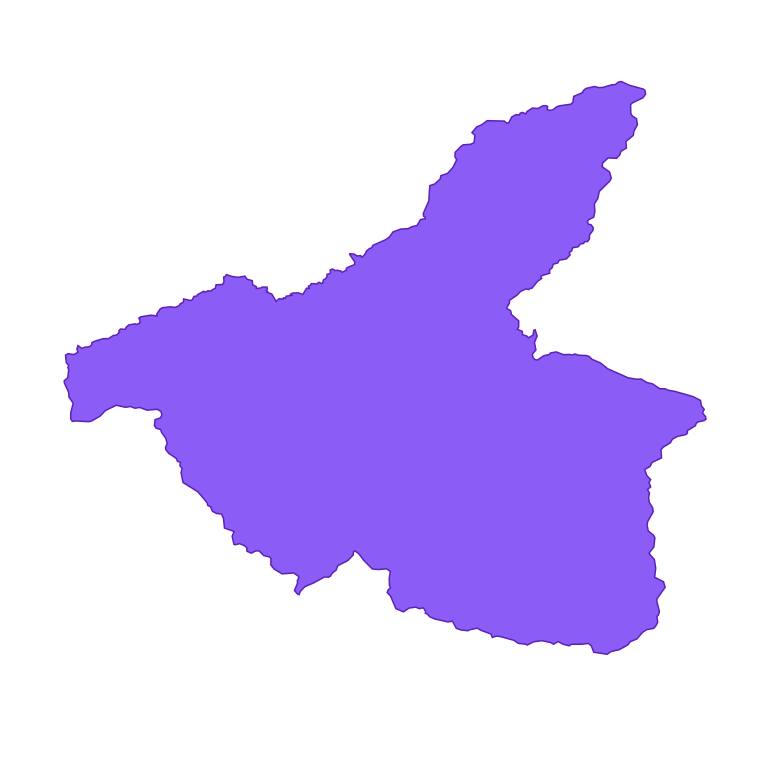 Sipí, Chocó, Colombia (Equal Earth projection), rotated 86°
{"feature_id": "7082276B50547805834837", "entity_name": "Sipí", "entity_type": "district", "adm_level": 2, "iso_a3": "COL", "parent_name": "Colombia", "parent_adm1": "Chocó", "projection": "equal_earth", "projection_center": [-76.598, 4.565], "detail": "fine", "context": "isolated", "style": "filled", "palette": "violet", "viewbox_px": 768, "rotation_deg": 86, "n_neighbors": 0, "source": "geoboundaries", "source_scale": "gbopen_adm2", "svg_char_len": 6152}
<svg xmlns="http://www.w3.org/2000/svg" viewBox="0 0 768 768"><g transform="rotate(86 384 384)"><path d="M588.2,483.3L585.1,482.0L580.6,477.0L577.8,468.7L572.3,456.8L572.9,452.8L572.0,450.9L568.8,448.6L566.5,444.9L562.0,442.7L557.6,432.4L552.4,426.6L549.6,426.3L548.4,424.8L551.3,421.2L559.0,416.1L567.7,408.6L568.7,402.5L568.6,394.2L571.4,390.8L578.2,392.3L585.1,392.7L587.6,391.7L589.8,394.3L592.3,395.4L596.0,392.3L608.9,387.8L612.7,380.4L609.3,374.7L608.8,367.8L610.6,364.4L610.0,360.3L613.7,358.4L615.5,358.8L616.6,356.8L619.5,354.5L621.9,349.8L625.8,336.9L625.4,332.3L632.8,328.9L634.8,324.2L636.0,317.4L635.1,315.5L634.1,308.0L636.5,304.5L640.8,294.8L644.4,293.6L643.4,289.7L643.9,286.1L648.7,272.4L652.1,268.1L653.5,260.5L654.4,259.3L651.6,252.6L651.1,244.4L653.4,236.2L655.4,233.0L653.1,228.2L656.0,223.7L658.1,217.5L656.7,215.3L657.4,204.4L657.0,198.3L659.6,195.5L666.2,193.5L669.2,180.2L666.7,176.2L665.5,168.0L661.3,159.0L658.3,156.4L656.0,149.6L649.5,143.0L647.3,138.9L646.7,132.3L645.0,130.2L641.0,127.6L634.8,128.0L633.8,126.5L630.2,125.1L619.5,127.1L617.2,126.6L606.4,117.7L600.7,119.0L595.7,127.5L586.6,125.8L578.0,126.5L571.3,131.5L565.4,126.2L556.3,124.5L553.8,125.6L548.9,130.7L543.4,131.4L539.7,130.6L530.1,124.3L526.1,124.7L520.7,127.6L516.0,128.0L511.4,126.8L507.6,128.4L505.2,125.1L501.0,126.5L497.9,124.7L494.0,128.0L488.1,129.8L487.2,129.3L484.8,124.4L480.9,122.0L477.1,112.3L468.9,112.3L466.4,109.8L462.7,102.5L459.2,100.2L456.8,95.0L455.5,86.4L454.3,84.8L451.6,84.5L447.4,76.3L445.0,75.3L443.7,73.2L442.9,67.3L441.5,65.2L438.9,65.5L435.1,68.3L431.6,66.3L428.1,68.9L422.5,69.4L418.2,76.4L411.7,94.2L410.0,101.1L408.4,103.8L407.9,109.3L402.5,116.2L401.0,121.4L396.9,127.3L396.9,131.6L394.8,140.2L384.4,159.7L377.9,166.8L373.9,174.8L371.0,177.2L369.7,180.3L368.9,187.6L367.4,191.5L368.2,194.7L367.4,196.9L367.3,202.9L364.0,209.8L364.6,215.6L366.1,217.1L366.9,222.6L370.8,229.3L370.3,231.4L368.2,233.5L364.6,233.9L360.7,230.1L353.0,231.0L346.8,227.9L340.4,229.5L340.9,230.8L345.6,231.9L348.0,236.7L346.1,238.2L344.5,242.3L341.0,242.5L338.7,247.2L336.6,245.7L330.4,245.2L323.6,252.0L319.6,252.6L317.7,255.7L316.4,256.2L312.4,253.4L309.3,253.0L304.5,244.9L301.1,241.2L299.1,235.8L299.9,232.9L298.9,231.7L298.7,229.6L292.5,223.9L289.7,219.4L288.0,220.0L286.9,219.1L285.1,211.0L281.6,210.8L280.0,208.3L276.3,206.8L275.4,202.3L272.7,200.5L271.9,193.3L268.3,189.4L265.7,190.0L264.3,187.4L261.3,186.5L260.7,180.7L258.1,178.4L257.7,175.1L256.0,174.0L256.1,170.9L253.7,169.0L249.5,168.5L245.5,164.9L242.7,164.4L239.7,166.2L238.7,169.1L235.8,169.7L234.3,168.2L232.3,163.2L226.7,161.6L219.0,161.6L213.9,157.8L206.9,155.8L197.6,144.9L194.5,142.9L188.1,144.3L182.7,151.0L179.0,150.6L174.1,144.6L175.1,136.3L172.1,133.0L168.3,131.2L165.5,125.7L159.0,125.8L153.4,118.0L149.2,117.0L143.0,113.1L136.9,113.6L134.0,117.6L131.4,118.9L122.6,118.5L120.9,116.6L116.5,105.6L113.0,102.8L109.2,103.2L107.9,104.7L103.0,118.7L98.8,126.1L99.2,129.1L101.5,132.7L101.4,136.0L103.4,144.9L103.4,148.6L101.9,153.4L103.2,161.6L104.5,163.9L107.3,166.0L110.3,174.7L116.1,175.9L117.9,178.1L118.7,189.4L119.4,192.1L122.2,196.4L122.7,198.9L121.7,202.0L118.5,201.4L117.6,203.1L117.6,206.2L119.9,211.2L119.1,216.8L122.2,222.3L124.4,223.7L122.7,227.2L123.4,229.3L125.0,230.1L124.6,233.8L126.5,237.9L132.1,241.3L132.2,243.5L130.1,245.6L128.5,262.7L132.2,268.5L134.0,273.6L139.3,278.7L142.3,276.0L149.5,277.3L150.9,280.8L150.9,288.3L152.6,291.0L157.9,296.9L162.1,297.4L165.5,295.9L172.7,300.1L178.4,306.0L180.1,312.7L183.5,313.7L188.0,319.5L189.3,324.5L204.4,326.5L216.6,332.9L219.2,332.9L220.5,331.2L221.9,331.3L222.6,336.2L228.2,340.0L229.0,345.1L230.7,349.1L230.6,356.5L233.0,364.5L237.6,368.2L240.1,372.1L244.9,385.4L247.3,386.8L247.8,388.9L250.0,392.1L253.4,394.0L255.9,397.0L254.3,398.4L254.4,402.0L252.4,404.5L251.6,408.9L252.4,409.2L260.2,404.7L262.8,405.0L265.1,411.9L266.0,413.5L267.7,413.6L269.7,418.0L268.4,419.0L267.3,422.4L267.5,424.6L265.7,427.4L266.6,429.8L269.2,429.6L270.3,430.9L270.6,433.2L272.8,433.4L275.0,434.9L275.8,437.1L279.2,438.3L279.3,439.7L278.1,441.2L278.3,442.7L279.5,443.3L278.8,449.6L280.4,450.5L281.2,452.6L283.4,451.9L283.0,454.5L289.0,458.7L287.1,463.0L286.9,468.6L287.8,470.9L289.1,469.8L289.6,475.5L291.4,476.2L291.0,478.3L292.3,479.0L291.5,482.6L294.1,485.8L286.5,489.6L284.3,494.3L283.5,493.6L282.5,494.9L281.0,493.7L279.2,493.9L278.8,498.7L279.6,500.2L279.8,504.8L278.0,504.6L275.9,508.0L271.7,508.2L270.0,513.2L266.7,515.3L267.4,522.0L266.2,527.9L263.9,533.5L265.8,535.0L266.1,536.5L271.1,536.5L273.5,538.2L273.3,544.6L276.9,545.7L277.9,548.7L279.2,549.6L278.8,553.4L279.9,555.4L278.9,557.4L282.0,564.0L283.2,564.6L283.4,567.6L286.3,569.1L287.3,571.0L285.2,577.9L288.4,578.4L289.8,581.7L291.5,582.8L293.0,586.9L292.1,591.9L292.4,599.7L293.5,602.0L298.2,605.7L300.2,605.5L299.1,611.8L300.0,622.1L301.2,624.0L303.1,623.0L306.3,623.4L307.3,626.9L306.6,628.1L307.3,634.5L309.5,637.4L311.4,638.2L310.8,643.2L312.6,644.8L313.7,644.3L316.5,647.1L316.7,650.6L319.5,655.6L319.2,661.0L321.0,669.0L322.3,672.5L324.8,673.0L326.3,675.4L326.4,679.8L327.4,682.9L324.3,686.6L327.7,687.9L331.0,687.2L333.0,691.2L331.7,697.2L333.0,699.7L340.7,699.4L343.4,697.3L345.6,698.2L347.9,697.5L355.7,699.1L358.5,702.8L360.6,702.8L370.5,699.1L375.1,699.2L381.5,695.4L390.8,698.5L397.1,698.9L399.6,697.5L399.4,693.7L401.0,681.3L400.6,678.5L396.2,669.4L391.0,663.7L386.5,652.5L389.2,643.7L388.8,638.5L390.8,634.1L390.4,629.3L393.6,622.1L393.4,612.1L395.7,608.5L399.4,607.7L402.2,609.5L403.6,614.9L409.5,615.9L412.3,614.4L413.7,610.0L416.5,609.4L422.9,605.5L428.2,604.4L432.0,606.4L434.1,606.3L438.2,603.5L443.5,596.7L446.8,595.3L447.9,592.6L451.4,593.3L454.2,591.3L458.3,592.6L468.2,591.4L478.6,577.2L490.0,568.8L493.0,568.2L494.3,565.6L499.0,564.0L501.4,560.3L502.4,555.2L506.8,553.5L516.6,553.2L520.7,543.8L525.2,546.1L533.5,544.9L534.0,543.7L533.2,539.3L535.4,534.6L537.6,532.4L541.3,532.4L543.5,528.2L541.6,523.6L541.8,520.3L546.8,515.8L548.5,510.5L549.9,508.9L556.6,509.5L561.0,506.5L566.3,498.9L566.2,487.3L569.7,482.9L571.7,482.6L573.8,484.1L576.6,484.2L583.8,487.7L587.5,484.9L588.2,483.3Z" fill="#8b5cf6" stroke="#5b21b6" stroke-width="1.5"/></g></svg>